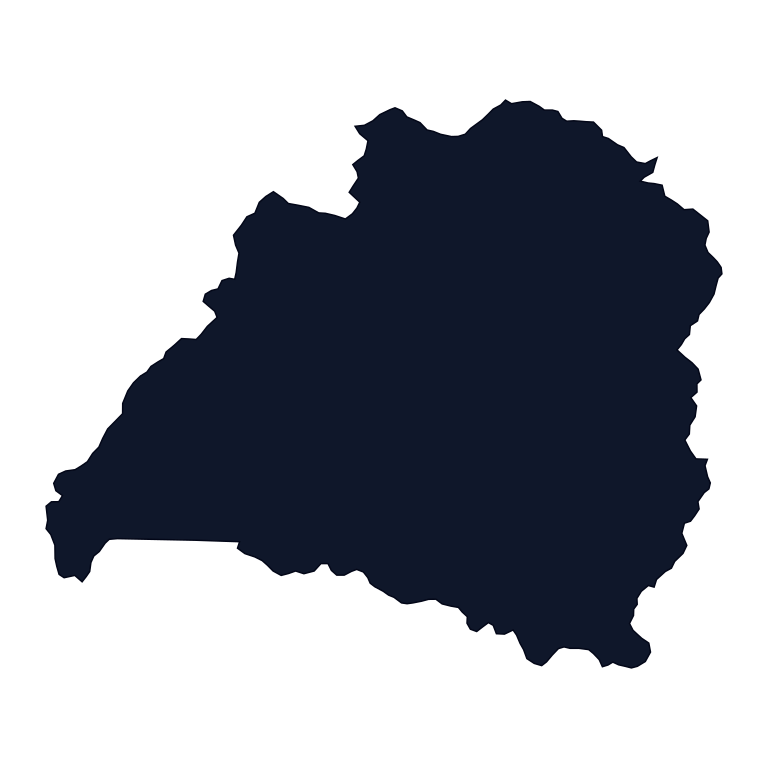 the district of Ribeirão Branco, São Paulo, Brazil
{"feature_id": "56859067B550904293643", "entity_name": "Ribeirão Branco", "entity_type": "district", "adm_level": 2, "iso_a3": "BRA", "parent_name": "Brazil", "parent_adm1": "São Paulo", "projection": "albers", "projection_center": [-48.778, -24.254], "detail": "fine", "context": "isolated", "style": "filled", "palette": "ink", "viewbox_px": 768, "rotation_deg": 0, "n_neighbors": 0, "source": "geoboundaries", "source_scale": "gbopen_adm2", "svg_char_len": 3536}
<svg xmlns="http://www.w3.org/2000/svg" viewBox="0 0 768 768"><path d="M686.8,545.4L681.8,533.3L684.4,523.2L690.5,521.2L694.7,515.7L699.1,509.0L697.9,501.6L704.2,492.6L708.9,488.9L710.3,482.9L707.6,476.8L705.0,465.7L707.4,459.3L696.0,458.9L690.4,451.0L684.8,440.0L689.3,434.0L689.8,425.2L695.1,416.8L696.6,405.9L690.8,397.6L697.0,392.1L696.9,383.9L701.0,379.9L698.1,369.1L692.0,362.7L684.9,357.2L677.0,349.9L681.3,344.6L684.7,338.8L689.4,334.5L690.3,325.7L697.5,320.9L699.0,314.5L704.3,309.0L709.3,302.6L714.0,294.1L716.1,285.5L718.1,278.1L721.9,273.9L721.1,267.4L717.4,262.0L713.5,257.8L708.0,252.5L704.9,245.1L706.2,238.4L709.1,232.1L707.7,220.8L692.9,209.1L684.1,209.7L677.3,203.9L671.3,200.0L664.8,196.2L662.1,185.2L654.2,183.6L648.1,183.0L640.2,181.1L644.2,177.2L652.8,172.3L654.8,164.9L657.1,157.6L650.5,160.8L645.3,163.6L636.6,162.0L631.2,156.8L624.0,147.6L617.3,144.7L608.4,138.5L602.5,136.6L601.6,130.2L593.5,122.1L585.8,121.7L580.0,121.2L573.8,120.8L566.7,121.2L562.0,118.3L557.9,111.5L552.5,110.1L544.4,110.1L539.3,106.4L530.2,101.5L522.3,101.8L511.5,103.7L505.5,100.1L500.8,105.0L493.2,109.1L488.2,114.2L482.4,119.8L470.5,128.5L465.3,134.2L458.2,136.4L451.5,136.6L440.6,134.3L433.3,131.4L427.1,130.0L420.0,122.6L414.4,120.1L406.8,116.9L402.3,110.9L395.0,107.8L390.0,109.7L379.8,114.6L372.9,120.8L364.4,125.3L355.1,126.3L359.7,133.7L368.0,140.7L366.3,149.1L364.2,155.8L358.0,160.4L352.8,164.6L357.1,171.7L358.4,178.1L353.2,185.9L349.2,192.3L359.8,202.2L356.9,208.1L352.4,213.8L345.4,219.0L334.8,215.5L325.4,213.3L318.7,212.9L308.9,207.4L297.8,205.2L288.3,203.5L283.2,198.5L273.4,191.7L265.8,196.5L259.3,202.3L254.9,213.2L246.9,216.8L241.4,225.2L233.5,235.2L235.6,245.1L239.0,253.1L237.5,262.1L236.2,272.5L234.7,279.3L229.1,278.3L222.0,280.6L218.0,288.9L211.5,290.5L205.3,294.2L203.2,301.4L208.9,306.3L214.7,311.2L217.1,317.4L207.4,326.3L201.2,334.3L196.2,339.5L189.4,339.0L181.5,338.6L174.2,345.3L166.1,352.0L163.7,358.6L158.3,361.7L151.0,366.4L146.9,372.1L140.5,376.0L133.5,382.8L127.8,390.9L122.7,403.4L122.6,413.7L114.4,422.1L107.7,428.9L102.7,438.4L98.9,447.1L92.7,453.4L87.4,461.7L81.2,466.0L75.1,469.7L65.7,471.0L58.5,474.3L53.7,483.3L55.9,490.7L62.5,495.6L58.8,501.7L51.4,501.8L46.1,506.2L47.7,520.3L46.1,528.7L50.8,534.5L54.9,545.2L55.1,558.6L56.8,566.4L59.1,574.4L64.1,577.7L74.8,575.4L82.1,581.8L86.1,576.7L89.7,571.5L90.9,562.6L93.8,556.0L99.3,551.5L105.1,543.2L109.2,539.3L117.5,538.6L195.0,540.2L239.6,541.7L237.5,548.2L244.9,553.6L254.8,556.9L262.2,560.6L267.5,565.3L273.1,571.0L281.2,575.4L288.5,573.5L295.6,571.0L303.9,573.7L314.2,571.0L320.9,563.6L328.0,563.6L331.4,570.4L336.7,575.1L344.3,575.1L351.4,571.4L356.7,569.4L363.4,572.0L367.8,577.6L370.2,583.2L374.9,586.8L383.1,591.2L388.6,595.1L394.0,597.3L401.5,602.9L407.1,603.7L412.9,602.9L421.5,601.2L428.6,599.3L435.9,599.2L442.1,603.9L450.9,606.1L458.4,607.4L462.3,612.1L467.3,616.7L467.0,623.2L470.4,629.2L476.7,631.5L482.5,627.0L488.4,622.6L493.2,625.3L496.4,633.7L504.5,634.1L513.1,630.0L516.6,635.1L520.1,643.4L523.6,649.6L526.9,658.6L534.2,663.4L541.7,665.6L546.5,661.9L552.2,655.1L558.4,648.6L564.0,646.9L570.0,648.3L578.8,648.3L588.7,649.6L593.4,653.5L599.2,659.6L602.4,666.7L608.0,665.0L612.8,662.1L618.6,664.8L625.6,666.4L631.4,667.9L637.4,666.3L645.3,661.5L650.5,652.1L648.8,643.1L641.7,638.3L637.2,634.2L633.0,630.3L629.5,623.5L633.5,615.5L633.7,609.1L637.2,604.4L636.9,598.4L641.3,591.3L648.3,585.5L654.1,587.1L656.5,579.5L665.3,571.5L671.4,568.2L674.7,561.4L683.0,553.4L686.8,545.4Z" fill="#0f172a" stroke="#020617" stroke-width="1.5"/></svg>